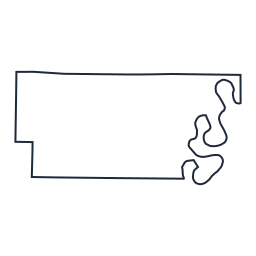 the district of Lee, Arkansas, United States of America
{"feature_id": "52423323B51053676953804", "entity_name": "Lee", "entity_type": "district", "adm_level": 2, "iso_a3": "USA", "parent_name": "United States of America", "parent_adm1": "Arkansas", "projection": "mercator", "projection_center": [-90.542, 34.77], "detail": "fine", "context": "isolated", "style": "outline", "palette": "slate", "viewbox_px": 256, "rotation_deg": 0, "n_neighbors": 0, "source": "geoboundaries", "source_scale": "gbopen_adm2", "svg_char_len": 1876}
<svg xmlns="http://www.w3.org/2000/svg" viewBox="0 0 256 256"><path d="M240.6,103.0L240.5,74.9L171.9,74.0L148.3,74.4L130.7,74.5L64.2,73.8L33.6,71.8L16.4,71.9L16.2,89.6L15.4,141.8L32.6,142.1L32.4,154.0L31.8,177.0L55.0,177.4L106.7,178.0L183.7,178.7L183.9,178.2L183.8,177.8L183.2,176.4L182.8,174.6L182.5,169.2L182.1,167.9L182.1,167.0L184.2,163.4L185.3,161.9L187.1,160.9L193.7,160.1L198.0,167.0L194.5,170.0L193.7,171.5L193.3,173.3L192.9,176.8L193.2,178.9L194.0,180.6L195.4,182.5L196.6,183.3L198.7,184.0L200.4,184.2L202.9,183.8L205.2,182.8L208.2,180.5L209.8,178.9L211.9,176.0L214.7,173.4L217.4,171.4L220.6,167.6L221.8,165.7L222.9,161.8L222.9,160.5L222.6,159.1L221.5,157.3L220.1,155.9L218.8,155.2L217.3,155.0L215.0,155.0L211.9,155.3L207.6,156.3L203.6,156.9L201.3,156.8L198.2,156.0L195.9,154.7L189.5,147.3L188.9,146.4L188.7,145.8L188.7,144.8L189.0,142.4L189.6,141.1L190.2,140.3L191.4,139.5L192.5,139.2L193.5,139.0L194.5,138.7L195.4,138.1L195.9,137.4L196.6,136.1L196.9,134.8L197.0,130.1L195.8,126.6L195.3,124.3L195.2,123.2L195.4,122.2L196.5,119.6L197.8,117.8L199.0,116.6L200.6,115.9L203.4,115.2L206.0,115.4L206.7,117.5L209.6,123.9L210.3,126.0L210.5,127.5L210.4,128.0L209.0,130.1L205.4,132.5L204.1,134.5L203.7,136.4L203.7,138.4L204.0,140.3L204.9,142.6L206.0,143.9L210.3,146.0L214.4,146.2L217.4,145.8L220.6,144.9L224.4,142.6L225.4,141.5L226.2,139.8L226.6,138.0L226.6,136.7L226.0,134.5L224.1,130.2L220.4,123.6L219.4,120.5L219.0,118.8L219.3,116.7L219.8,115.1L220.4,114.1L222.0,111.9L224.1,110.4L224.8,108.0L224.8,106.8L222.5,102.3L219.1,96.5L216.6,93.2L216.0,91.9L215.6,88.7L215.8,86.4L216.0,85.6L217.3,83.2L218.7,82.0L221.8,80.1L223.8,79.7L225.7,80.1L228.7,81.3L229.9,82.0L230.8,82.7L231.4,83.4L233.5,87.9L233.8,89.5L233.8,90.4L232.9,92.8L232.9,94.3L233.2,96.7L233.9,99.7L235.5,102.4L236.0,102.8L238.4,103.5L239.8,103.4L240.6,103.0Z" fill="none" stroke="#1e293b" stroke-width="2"/></svg>